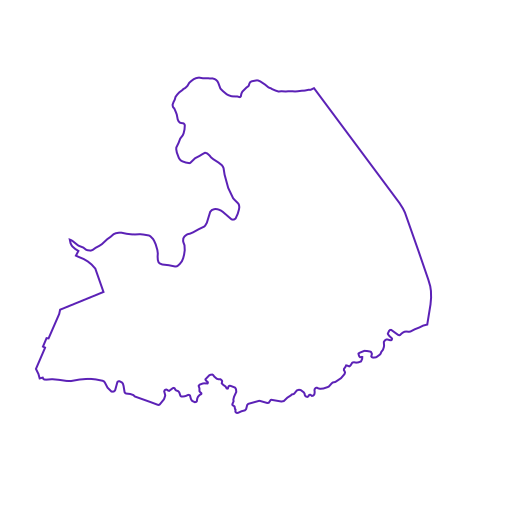 the district of Moonee Valley, Victoria, Australia, rotated 106°
{"feature_id": "25037944B9436355571028", "entity_name": "Moonee Valley", "entity_type": "district", "adm_level": 2, "iso_a3": "AUS", "parent_name": "Australia", "parent_adm1": "Victoria", "projection": "robinson", "projection_center": [144.901, -37.749], "detail": "fine", "context": "isolated", "style": "outline", "palette": "violet", "viewbox_px": 512, "rotation_deg": 106, "n_neighbors": 0, "source": "geoboundaries", "source_scale": "gbopen_adm2", "svg_char_len": 6111}
<svg xmlns="http://www.w3.org/2000/svg" viewBox="0 0 512 512"><g transform="rotate(106 256 256)"><path d="M98.3,350.9L99.8,356.1L100.2,359.8L100.4,360.4L101.6,362.7L103.2,364.6L105.7,366.5L107.9,367.9L111.4,368.8L113.3,369.9L114.1,370.4L115.7,372.0L116.5,372.3L119.9,374.9L122.5,376.2L125.2,377.2L128.1,377.2L130.7,377.7L133.4,377.9L134.3,377.6L135.6,376.9L136.3,376.0L136.6,375.3L139.9,372.6L141.8,371.2L146.3,368.9L147.9,367.5L148.8,365.9L148.8,364.7L148.5,362.4L148.6,361.9L149.3,360.9L150.2,360.4L154.1,359.6L158.1,359.4L160.2,359.7L164.0,361.2L168.6,361.6L173.7,362.5L175.4,362.1L178.4,360.6L183.0,357.2L184.2,355.8L185.0,354.3L185.3,352.8L185.5,349.2L185.1,345.6L184.9,345.2L184.5,344.8L178.8,341.5L175.4,337.9L173.2,335.9L171.0,333.7L170.8,333.4L170.8,332.4L170.8,331.5L171.4,330.0L172.3,328.2L173.6,326.4L174.7,323.8L176.5,317.8L178.1,313.9L179.2,312.5L180.5,311.4L186.5,308.6L198.2,301.5L206.8,293.9L207.8,292.3L210.3,287.8L211.1,286.8L212.3,286.1L213.7,285.5L216.0,285.2L220.5,285.2L225.3,285.9L225.8,286.1L227.0,287.2L227.5,288.6L227.5,289.7L222.7,300.1L222.0,302.2L221.7,304.5L221.7,306.0L222.0,308.0L222.8,309.5L224.0,311.1L226.2,312.2L237.6,312.4L240.7,313.2L241.9,313.8L246.1,318.5L250.6,323.0L252.8,325.7L253.6,327.3L254.6,328.5L256.7,330.0L257.8,330.4L259.2,330.7L261.7,330.2L263.1,329.4L265.4,327.7L270.1,326.1L274.5,325.5L278.2,325.4L281.5,325.8L284.7,327.1L286.8,328.4L287.6,329.1L288.1,330.0L288.4,330.9L288.9,337.3L290.0,343.8L289.7,346.4L289.3,347.3L288.7,348.1L286.8,349.3L283.7,350.4L280.6,351.1L277.4,352.5L272.5,355.6L269.5,358.1L268.0,359.7L266.3,362.7L265.9,363.8L265.8,364.7L266.4,370.0L267.0,373.5L268.6,378.1L269.5,381.6L270.3,386.5L270.7,392.0L271.4,394.2L272.8,397.1L274.3,398.9L277.7,401.1L280.8,403.6L287.1,407.4L289.4,409.4L292.3,412.4L295.2,414.7L296.4,416.4L296.9,419.7L296.8,421.1L295.5,424.3L295.0,429.4L294.6,430.6L292.1,436.6L291.7,438.3L291.6,439.5L294.8,437.8L296.5,436.3L297.4,435.2L299.1,431.6L300.1,428.1L305.3,429.2L305.7,426.7L306.4,420.8L307.6,416.2L309.5,411.7L312.4,407.0L332.6,392.7L361.6,429.5L366.0,429.2L392.4,432.7L392.7,434.7L401.8,435.8L402.2,433.5L402.5,433.5L425.2,436.4L429.4,432.6L433.3,430.2L431.7,427.5L432.7,426.6L433.0,425.9L433.0,424.9L432.6,423.3L430.6,418.0L429.3,411.0L428.3,403.6L427.2,399.4L423.4,391.6L421.0,385.3L419.6,380.5L418.8,376.0L418.2,369.0L418.5,367.5L419.3,366.4L423.5,362.4L425.7,358.4L426.1,357.7L426.1,357.0L425.5,355.4L424.2,354.5L423.4,354.4L415.4,354.5L414.4,353.8L414.0,352.7L414.5,350.1L414.9,349.4L415.5,348.7L417.4,347.5L423.1,344.8L423.7,344.1L423.9,343.6L424.0,342.9L423.3,338.8L423.5,335.5L424.4,333.9L424.5,333.0L425.5,317.0L426.1,309.6L426.0,308.4L425.2,307.6L419.4,305.1L418.5,304.9L415.2,304.8L414.3,305.2L411.5,306.9L410.3,306.8L409.8,306.5L409.1,305.5L409.2,304.3L409.6,303.4L409.6,302.3L406.3,299.8L405.6,299.1L405.5,298.4L405.6,297.8L406.9,296.5L407.2,295.8L407.4,293.5L407.9,292.7L408.4,292.1L411.1,290.2L411.5,289.7L411.6,288.7L410.8,286.5L409.9,284.9L408.2,282.9L408.0,282.1L408.3,281.0L411.3,279.2L412.7,277.8L413.0,276.8L413.4,274.5L412.8,273.4L412.1,272.9L411.7,272.9L409.0,273.2L407.1,272.9L405.0,271.8L404.0,270.7L403.5,270.5L402.8,270.9L402.3,272.1L401.5,273.1L398.8,273.9L396.7,275.3L396.4,275.3L395.1,274.6L393.3,272.1L392.7,270.8L391.9,267.5L391.2,267.3L390.6,267.5L389.4,269.9L388.8,270.5L388.4,270.6L383.5,268.0L382.7,267.0L382.0,265.3L382.3,264.3L383.4,262.9L384.8,259.9L384.8,257.9L384.3,256.4L384.6,255.3L385.4,254.2L385.8,254.0L387.9,253.8L389.0,251.8L389.8,249.4L391.4,247.7L391.3,246.7L391.1,246.5L389.5,246.5L388.7,246.3L388.2,245.9L387.9,245.3L387.9,244.0L388.2,240.6L388.3,239.9L388.9,239.1L389.8,238.4L392.1,237.5L397.3,238.3L400.3,238.2L401.9,237.5L405.0,237.9L405.5,237.7L405.9,237.3L406.4,235.5L406.6,235.1L408.9,234.0L409.2,233.4L411.3,232.9L411.8,232.4L412.1,231.5L412.1,230.9L411.6,229.9L409.2,227.1L407.5,224.2L406.9,223.8L405.8,223.3L401.7,223.4L400.6,222.9L400.1,222.4L394.8,213.8L394.3,212.9L394.2,212.1L394.2,204.7L393.6,203.3L390.4,202.2L390.0,201.7L388.9,191.5L387.8,189.3L383.5,186.8L380.3,184.0L379.3,183.5L378.3,181.7L377.5,181.2L374.0,179.7L373.0,178.3L372.6,177.1L372.6,175.9L373.9,172.5L374.9,171.4L376.0,170.9L376.8,170.2L377.2,169.5L377.3,168.8L377.3,167.8L376.5,167.0L375.4,166.8L374.8,166.4L374.5,165.9L374.4,165.4L375.1,163.7L374.5,162.6L373.3,161.9L372.4,161.8L370.6,162.1L368.9,162.8L367.9,162.9L367.0,162.6L366.3,162.1L365.8,161.2L366.1,159.6L366.0,157.8L364.8,154.7L362.2,150.9L361.4,150.0L357.5,148.1L356.4,147.3L355.2,145.0L350.0,140.6L345.2,138.4L343.5,138.3L342.4,139.0L341.6,140.0L340.3,140.3L337.7,139.4L336.3,139.2L336.2,138.5L336.4,135.9L336.0,135.5L334.9,134.9L332.1,134.1L331.5,133.4L331.1,132.3L330.9,130.3L330.1,128.4L328.4,126.0L325.7,125.6L323.8,126.0L323.8,126.4L324.5,127.6L324.6,128.1L324.2,128.8L323.5,129.5L321.7,130.6L321.3,130.5L320.2,129.4L317.3,125.7L316.7,122.9L316.4,119.9L316.5,119.1L317.5,118.1L318.2,117.6L320.7,117.5L321.3,116.8L321.4,115.4L320.4,112.9L319.8,112.2L316.7,109.8L315.6,109.3L313.6,109.1L311.1,108.1L308.4,108.0L306.8,108.2L304.1,109.2L303.3,109.4L302.6,109.2L301.1,108.5L300.3,107.6L300.0,106.5L300.0,104.1L299.7,102.9L299.5,102.6L298.8,102.4L298.1,102.4L297.7,102.7L296.2,105.7L295.2,107.1L294.5,107.8L294.2,107.9L291.2,107.4L290.1,106.7L289.8,105.6L292.6,97.8L292.7,96.4L292.2,95.7L290.4,94.7L288.9,93.5L287.9,92.4L287.2,90.8L286.7,88.1L286.0,86.7L282.7,83.2L279.7,79.3L276.8,76.1L274.7,72.5L254.5,74.9L247.8,76.2L241.4,78.2L237.0,80.2L231.3,83.8L206.7,101.0L173.2,124.8L169.9,127.8L165.6,132.6L78.7,246.5L81.0,249.1L81.4,249.8L81.6,251.0L83.6,254.8L84.5,257.5L86.1,261.2L87.1,263.8L87.5,265.9L88.7,270.3L89.7,272.8L90.6,277.0L91.7,279.6L91.6,282.8L91.1,286.7L90.7,287.9L90.6,289.8L90.4,290.7L88.7,294.6L87.0,300.0L86.7,302.5L87.0,303.8L89.0,307.8L89.5,308.6L90.7,309.6L92.4,309.9L93.9,309.9L94.8,310.1L96.7,311.6L101.7,314.4L103.9,314.8L106.7,314.6L107.5,315.0L107.8,315.5L107.8,317.9L108.9,322.0L109.2,323.9L109.0,326.9L108.6,328.8L106.6,333.3L105.1,336.0L104.7,336.5L100.2,339.8L98.7,341.2L97.8,342.8L97.3,344.5L97.3,346.8L98.1,349.4L98.3,350.9Z" fill="none" stroke="#5b21b6" stroke-width="2"/></g></svg>